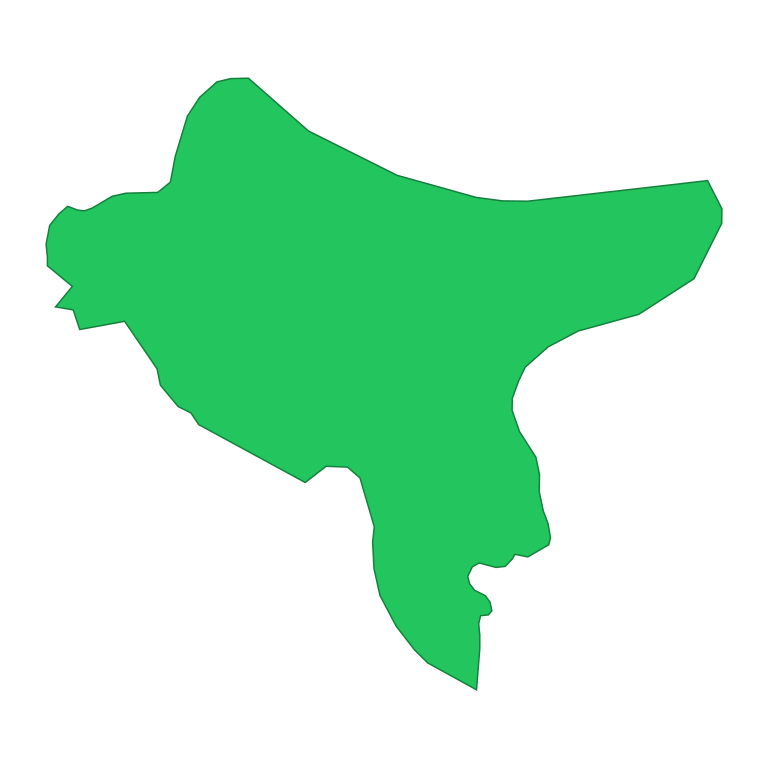 an SVG outline of Tolmin
{"feature_id": "SVN-1018", "entity_name": "Tolmin", "entity_type": "Municipality", "adm_level": 1, "iso_a3": "SVN", "parent_name": "Slovenia", "parent_adm1": "", "projection": "robinson", "projection_center": [13.801, 46.147], "detail": "fine", "context": "isolated", "style": "filled", "palette": "green", "viewbox_px": 768, "rotation_deg": 0, "n_neighbors": 0, "source": "natural_earth", "source_scale": "10m", "svg_char_len": 1145}
<svg xmlns="http://www.w3.org/2000/svg" viewBox="0 0 768 768"><path d="M79.7,329.5L73.2,309.9L55.5,306.9L55.8,306.6L72.3,286.4L47.4,265.8L47.4,257.3L46.1,244.3L49.7,225.4L59.0,213.8L67.7,206.3L77.3,210.0L84.4,210.9L92.3,208.0L112.3,196.2L126.1,193.2L157.8,192.4L170.4,182.1L175.3,156.2L187.4,116.1L199.7,97.3L216.9,81.9L230.7,78.6L248.4,78.2L308.6,131.1L397.0,175.3L476.1,197.4L502.3,200.9L527.6,201.2L707.6,180.6L707.6,180.8L721.9,208.7L721.7,223.4L694.0,278.7L638.8,314.3L578.2,331.0L548.2,346.8L525.2,367.2L518.6,381.0L512.3,398.3L512.1,410.3L519.5,431.6L535.9,457.2L539.5,474.6L539.2,491.6L543.3,511.0L548.0,523.5L550.5,537.7L548.8,544.7L527.8,556.9L514.9,554.3L512.1,559.2L505.2,566.4L495.9,567.4L479.2,563.0L472.4,566.7L467.7,576.4L469.6,583.7L474.6,590.3L485.5,595.8L490.2,602.6L491.8,610.9L488.3,614.9L480.6,615.7L478.7,623.7L479.8,635.4L479.8,648.5L476.5,689.8L427.8,663.0L414.5,649.9L396.2,626.2L380.0,595.5L374.0,568.6L372.6,542.2L374.3,526.8L360.0,478.0L347.5,467.1L326.1,466.3L305.2,482.5L198.7,424.6L191.0,413.0L178.2,406.6L160.4,385.2L157.1,368.9L124.6,321.3L79.7,329.5Z" fill="#22c55e" stroke="#15803d" stroke-width="1.5"/></svg>